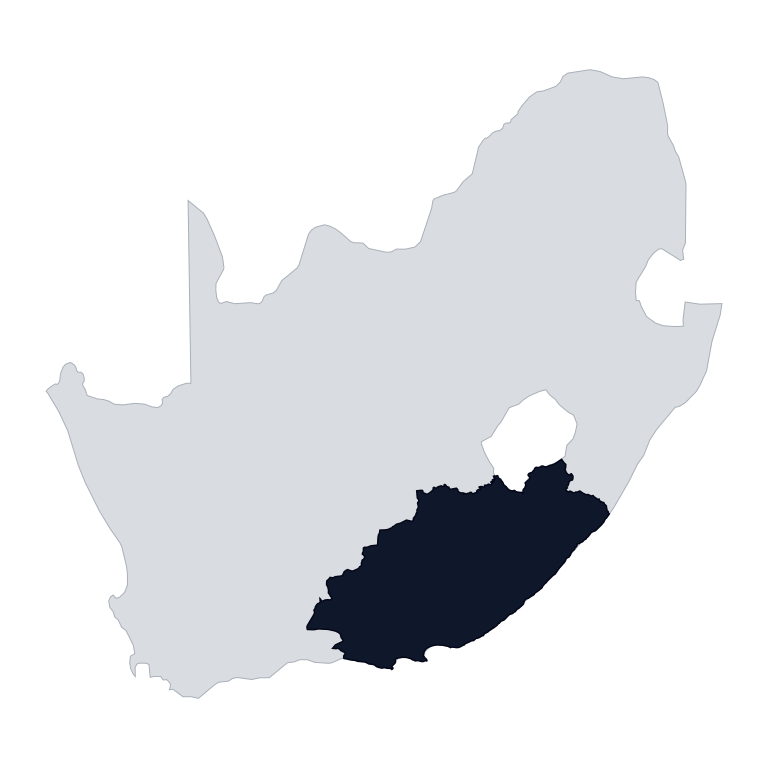 South Africa, with Eastern Cape highlighted
{"feature_id": "ZAF-1926", "entity_name": "Eastern Cape", "entity_type": "Province", "adm_level": 1, "iso_a3": "ZAF", "parent_name": "South Africa", "parent_adm1": "", "projection": "natural_earth1", "projection_center": [27.087, -32.092], "detail": "fine", "context": "in_parent", "style": "filled", "palette": "ink", "viewbox_px": 768, "rotation_deg": 0, "n_neighbors": 0, "source": "natural_earth", "source_scale": "10m", "svg_char_len": 9737}
<svg xmlns="http://www.w3.org/2000/svg" viewBox="0 0 768 768"><path d="M567.9,73.1L590.2,69.7L600.2,71.6L612.2,76.9L623.4,78.8L642.4,76.9L649.0,77.8L654.1,79.6L657.9,82.4L663.2,103.5L667.7,126.0L667.5,133.3L668.2,136.1L673.5,145.7L675.5,151.6L678.6,156.5L685.3,180.6L686.0,184.8L685.4,243.0L682.6,250.1L683.7,259.2L680.5,260.4L661.8,248.7L658.5,249.2L653.1,253.5L648.1,260.3L645.8,266.2L636.2,281.9L635.5,291.8L636.2,300.4L639.3,300.7L641.5,306.9L646.6,316.6L655.2,322.9L663.3,325.8L674.5,326.5L683.4,326.3L683.0,319.7L685.2,302.0L699.9,304.2L721.9,303.6L720.2,315.0L712.0,341.3L706.6,370.7L699.8,385.6L696.1,391.7L685.4,402.6L679.8,406.2L675.1,407.4L656.7,429.4L649.8,440.0L643.7,455.4L637.6,463.9L628.7,481.9L613.2,508.6L600.1,526.1L594.4,531.2L590.5,533.5L580.2,543.6L565.6,560.0L554.5,574.4L538.0,590.9L528.4,598.1L514.0,612.2L510.1,614.3L493.9,627.5L482.4,635.4L463.6,644.7L456.2,647.3L438.4,644.9L431.0,646.2L424.8,651.8L424.3,659.8L421.7,661.0L405.4,657.3L398.7,657.9L394.8,662.2L391.6,667.6L382.3,667.9L365.6,662.3L346.0,658.9L341.5,658.5L332.1,662.7L328.7,663.3L314.9,662.4L307.2,659.7L299.9,659.7L294.3,661.9L287.5,662.7L269.3,677.7L259.8,677.8L251.7,679.5L237.1,677.5L232.8,678.4L228.5,681.1L218.7,682.2L214.9,684.5L198.5,698.3L191.6,696.8L183.0,696.7L173.0,689.3L169.3,689.8L170.2,687.6L170.4,683.7L166.9,679.7L163.0,679.9L160.9,676.6L155.0,676.3L150.2,677.3L149.0,664.6L146.6,663.3L140.7,663.1L137.8,663.5L136.5,664.7L135.1,667.6L135.3,676.5L133.1,673.9L130.6,668.6L129.7,662.9L130.4,656.2L134.8,653.7L133.3,645.2L126.0,630.5L121.7,627.4L118.2,619.8L114.8,617.1L113.3,611.8L109.9,607.6L108.7,601.0L110.4,597.1L113.1,595.0L116.1,598.4L119.7,597.1L124.7,592.2L127.5,584.9L127.4,573.2L126.4,565.9L121.9,547.0L119.9,542.7L110.4,529.1L99.4,511.0L85.2,482.4L78.3,465.3L67.7,430.6L58.5,411.0L47.5,392.7L46.1,391.5L47.6,389.3L53.2,385.1L55.8,383.9L57.2,384.5L58.5,383.3L59.8,380.4L60.5,374.0L63.0,367.2L65.4,364.3L70.4,362.4L74.3,364.9L75.9,367.4L76.7,370.7L78.4,372.3L81.1,372.2L83.1,374.2L84.3,378.4L84.1,381.4L82.6,383.3L82.9,385.7L84.9,388.8L87.2,395.5L97.6,399.0L103.5,399.5L109.0,401.2L114.3,404.2L122.8,404.9L134.7,403.4L144.5,404.1L152.2,407.0L157.8,407.5L161.2,405.7L162.6,403.0L162.1,399.5L163.8,397.3L167.6,396.4L170.7,393.7L173.0,389.4L178.3,385.9L186.7,383.2L190.9,383.3L188.1,200.5L203.4,213.1L207.0,218.9L214.6,236.0L222.5,257.1L223.9,267.3L223.6,269.5L216.0,283.4L215.8,290.2L216.8,298.2L218.7,302.2L221.0,303.5L226.3,301.5L234.6,303.7L250.4,302.7L258.3,303.8L260.3,303.1L262.1,301.4L264.1,296.6L266.0,295.1L273.3,292.9L276.5,290.2L281.7,280.7L297.2,267.9L299.0,264.9L308.5,234.3L311.5,230.0L315.9,227.1L324.5,224.8L329.6,226.1L335.1,228.7L341.3,233.2L350.6,241.5L353.7,242.7L363.0,243.1L368.7,248.5L386.0,252.2L391.0,252.0L396.4,249.1L405.2,249.2L414.8,247.1L420.5,241.7L431.6,208.4L432.8,201.0L434.0,199.0L443.1,195.2L454.1,192.4L456.4,190.8L463.3,181.5L472.3,173.8L478.6,147.2L482.7,140.9L485.2,138.2L486.8,138.2L489.2,136.5L492.2,133.2L495.7,131.2L499.9,130.5L502.6,128.3L503.8,124.7L505.9,123.0L508.9,123.1L510.7,121.9L511.1,119.6L517.9,113.8L518.1,111.5L521.9,105.9L529.5,96.9L536.7,91.9L543.4,90.9L555.8,86.4L560.2,82.1L563.1,76.3L567.9,73.1ZM546.0,466.7L556.9,462.2L565.0,456.3L566.8,445.4L573.0,438.8L575.3,432.6L577.1,424.0L573.5,415.0L568.5,412.4L559.3,404.7L555.3,399.4L549.8,395.0L545.9,389.8L539.6,391.4L529.7,395.7L523.7,399.6L518.5,404.3L509.3,407.6L500.8,422.3L497.9,425.6L491.2,436.4L481.5,441.7L481.3,443.6L484.5,452.4L489.0,461.1L493.7,468.2L493.5,472.6L495.0,476.0L499.3,478.4L506.4,487.3L509.9,490.2L520.7,492.3L522.3,491.7L525.2,486.4L525.7,482.7L532.9,471.2L536.1,467.7L546.0,466.7Z" fill="#d9dde1" stroke="#a8b0b8" stroke-width="1"/><path d="M546.2,466.9L549.9,465.4L552.6,464.8L555.2,463.6L561.6,459.3L563.9,462.6L565.6,464.2L565.8,464.6L565.8,465.8L565.6,466.3L565.7,467.8L565.0,469.0L566.2,472.5L568.0,474.5L570.8,475.4L570.5,474.1L571.4,473.8L573.0,476.1L572.9,478.9L572.1,479.1L572.3,480.0L570.4,480.5L569.0,482.0L568.8,483.3L567.9,485.8L567.0,485.9L566.7,486.9L567.4,487.9L565.6,489.2L566.5,490.7L568.4,492.0L569.8,491.1L571.4,491.6L572.8,492.5L574.1,493.0L574.6,492.9L575.3,492.2L575.7,492.0L577.8,492.0L579.2,491.1L580.0,491.1L583.1,493.3L584.4,493.8L585.7,494.7L588.0,494.5L591.5,496.1L592.4,495.6L593.1,495.6L594.3,496.9L597.4,499.1L598.2,499.3L599.0,499.0L599.4,500.3L599.8,500.5L600.4,501.7L600.9,501.9L601.6,501.7L602.3,502.4L603.6,502.5L604.0,502.8L604.5,504.5L605.0,504.6L605.9,505.4L606.4,506.0L606.5,506.4L606.5,507.9L606.6,508.5L606.9,508.9L607.0,510.6L608.2,511.5L608.4,513.0L609.4,513.9L606.4,518.1L605.2,519.0L603.9,521.9L601.7,524.6L595.7,530.5L595.0,530.9L592.5,531.7L591.6,532.2L590.8,532.8L590.4,533.7L587.9,536.9L586.6,537.6L586.4,538.5L586.1,538.9L585.5,539.3L584.6,539.6L582.6,541.7L580.3,542.7L579.3,543.5L577.3,543.8L577.0,544.1L577.2,544.8L576.4,546.7L575.2,547.4L575.0,547.7L574.8,548.9L574.4,549.5L573.0,550.6L571.7,552.1L571.1,553.0L570.7,554.3L570.0,555.7L569.4,556.0L569.1,557.0L566.4,558.3L566.0,558.9L565.5,560.7L564.3,562.5L559.3,568.1L555.1,574.1L552.9,575.5L547.1,581.2L546.2,582.6L544.8,583.6L542.6,586.3L542.0,587.8L537.5,591.4L536.4,592.0L534.5,593.5L534.3,594.3L533.4,595.1L531.4,596.2L528.3,598.3L526.0,599.0L525.0,600.0L524.2,601.4L523.5,603.9L522.6,605.0L518.5,608.6L517.3,609.0L516.4,610.2L515.8,610.6L515.5,611.5L513.6,612.4L512.8,613.4L509.6,614.5L508.9,614.9L505.2,618.9L503.9,620.1L501.0,621.2L500.4,621.7L499.4,623.1L499.1,623.3L498.5,623.4L498.1,623.1L497.8,624.4L496.8,625.5L493.6,627.9L493.1,627.6L492.8,628.3L488.4,631.3L488.1,631.8L485.0,633.4L484.1,634.2L483.8,634.9L483.3,635.6L482.1,635.9L478.6,637.9L476.0,638.4L473.7,640.5L470.9,641.0L469.6,641.8L465.7,643.5L465.2,643.6L464.9,643.8L464.6,644.7L464.4,644.9L463.5,645.1L459.7,647.1L458.1,647.5L456.4,647.6L453.0,647.1L451.9,647.1L450.4,647.6L448.0,646.3L442.6,645.2L437.0,644.9L433.5,645.4L430.2,646.5L427.2,648.0L425.9,649.1L424.9,650.4L424.1,652.0L423.4,654.8L423.3,656.0L423.5,656.5L424.3,656.9L424.7,657.7L425.9,658.6L427.0,660.3L426.7,661.0L425.4,660.6L423.7,661.4L422.7,661.6L421.4,661.5L418.1,660.6L415.1,660.9L414.0,660.2L412.6,659.9L411.2,658.9L409.7,658.3L406.3,657.4L402.6,657.3L399.0,657.8L396.7,658.5L395.7,659.0L395.1,659.8L395.6,661.8L395.2,662.8L394.5,663.7L392.2,665.8L391.9,666.6L392.1,667.2L392.8,667.7L393.0,668.1L392.9,668.5L391.9,669.5L391.7,669.5L391.1,668.7L390.3,668.4L387.5,668.3L384.4,667.6L381.8,668.1L381.1,668.0L377.6,667.1L375.8,666.1L374.4,664.8L373.6,664.5L368.7,663.9L367.4,663.1L364.8,662.0L357.6,661.3L355.0,660.4L350.7,659.9L343.5,658.2L343.7,658.3L343.7,656.0L345.5,652.9L340.5,650.4L339.7,649.1L338.2,648.5L337.2,648.3L336.2,648.7L332.6,648.3L335.4,644.9L342.6,641.5L343.2,640.3L341.2,637.6L340.4,634.2L338.3,632.4L335.2,631.0L328.1,629.4L318.7,628.9L313.7,629.7L307.4,629.5L306.9,627.6L307.2,625.8L314.0,614.3L314.6,612.3L313.9,610.2L315.2,608.3L315.4,606.7L317.3,604.0L318.2,603.5L319.6,602.9L320.2,601.9L320.0,598.6L320.6,599.2L321.3,600.7L321.9,601.3L323.1,600.9L325.1,600.0L327.8,599.7L330.4,600.0L332.2,598.0L330.5,596.3L329.8,594.7L328.4,593.0L328.5,590.7L328.3,589.0L327.7,586.8L326.6,584.9L326.6,582.8L326.8,580.9L328.6,579.3L330.1,577.4L333.1,577.8L335.1,576.7L341.3,576.0L342.7,575.1L344.2,571.7L346.2,570.2L347.6,569.6L351.2,570.9L352.8,571.1L358.6,568.5L359.5,566.9L361.1,566.0L361.5,564.8L361.4,562.8L361.9,562.2L362.0,560.6L362.3,560.0L363.1,559.6L363.7,559.0L364.7,557.4L364.4,556.2L363.5,554.9L362.4,554.3L362.6,552.7L363.1,552.1L363.3,551.0L363.7,550.7L363.3,549.4L363.5,547.8L364.6,547.3L367.1,547.3L370.9,545.8L377.6,545.1L378.0,537.6L378.5,534.8L379.3,533.6L379.8,531.1L379.9,530.1L385.4,529.9L388.3,529.4L390.0,528.4L391.6,528.0L392.6,526.8L394.2,526.0L396.5,524.2L400.4,523.2L406.5,520.1L412.0,521.4L413.2,520.5L413.5,518.1L415.0,516.3L415.9,514.8L416.1,513.6L417.2,511.5L416.9,509.9L418.1,508.0L418.3,506.8L418.0,504.8L417.6,503.6L417.7,502.6L418.7,501.3L418.9,500.2L417.3,497.9L416.7,490.8L421.2,490.3L422.5,490.5L422.8,491.0L423.0,492.5L423.3,492.9L424.8,493.3L426.0,494.0L427.2,494.2L429.3,493.1L431.9,491.0L432.8,490.1L433.3,489.4L433.1,488.0L434.0,487.3L434.6,487.4L435.9,488.5L437.8,486.9L440.8,485.9L441.4,485.9L442.8,486.5L443.9,486.5L444.1,485.8L444.1,484.9L444.4,484.5L445.4,484.7L446.7,486.5L449.0,487.3L449.2,488.3L449.8,489.1L451.1,489.2L456.4,488.2L457.7,489.5L458.0,491.2L458.5,491.7L460.2,492.7L460.9,492.9L463.6,493.0L464.3,493.3L464.3,493.6L464.0,494.1L465.2,493.6L465.8,493.6L466.3,493.9L467.1,493.9L467.7,493.3L469.1,493.2L470.2,492.3L471.3,492.4L472.5,493.7L473.2,494.0L473.7,493.8L474.2,493.1L476.5,492.7L477.0,492.3L476.7,491.3L477.0,490.5L477.8,489.9L478.6,489.5L480.2,489.7L480.6,489.5L480.3,488.5L479.4,487.7L479.1,487.1L479.6,486.8L481.6,486.5L484.0,487.1L484.8,486.5L484.6,485.3L485.2,485.1L486.9,485.3L487.7,484.5L488.4,484.5L488.8,484.1L489.1,484.2L489.5,484.8L490.5,484.8L491.3,484.6L492.1,483.3L491.0,482.6L490.9,482.2L491.2,481.7L492.9,482.4L493.7,481.8L492.4,480.7L492.5,479.8L493.3,479.5L495.1,479.5L495.7,478.6L495.1,477.9L494.3,478.3L493.5,476.2L494.6,475.9L495.8,476.2L497.0,475.7L497.6,475.7L497.9,476.1L498.2,477.3L498.7,478.0L499.3,478.6L500.8,479.3L501.1,480.4L502.2,481.5L503.1,483.0L503.4,484.3L503.6,484.7L506.1,486.7L508.3,489.4L509.5,490.2L510.9,490.7L512.7,490.9L514.2,490.4L514.7,490.5L515.7,491.5L517.4,492.2L522.2,492.6L523.2,493.1L523.1,490.5L523.3,489.5L523.6,489.1L524.3,488.6L524.9,487.8L525.8,485.2L525.7,484.3L525.1,483.1L525.4,482.5L528.9,479.6L529.5,478.9L529.8,477.8L529.6,476.7L528.6,476.0L528.1,475.3L528.2,474.4L528.8,473.6L530.5,472.8L532.1,472.4L532.8,471.3L533.9,470.3L534.9,468.2L535.7,467.5L536.7,467.3L538.7,467.6L539.7,467.2L541.5,466.1L542.1,466.0L542.8,466.0L544.8,466.8L546.2,466.9Z" fill="#0f172a" stroke="#020617" stroke-width="1.5"/></svg>